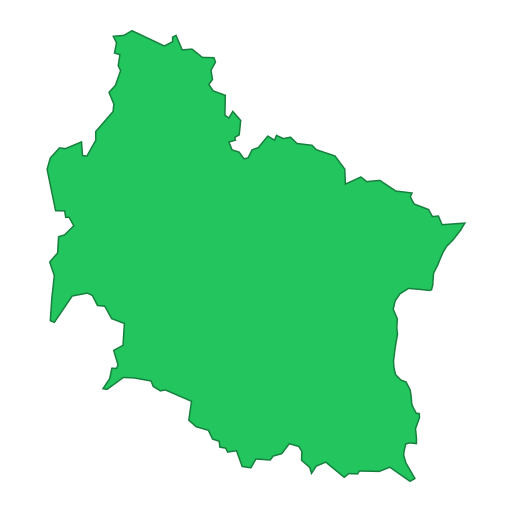 Berovo, Berovo, North Macedonia (orthographic projection)
{"feature_id": "65306769B82535052466784", "entity_name": "Berovo", "entity_type": "district", "adm_level": 2, "iso_a3": "MKD", "parent_name": "North Macedonia", "parent_adm1": "Berovo", "projection": "orthographic", "projection_center": [22.828, 41.67], "detail": "fine", "context": "isolated", "style": "filled", "palette": "green", "viewbox_px": 512, "rotation_deg": 0, "n_neighbors": 0, "source": "geoboundaries", "source_scale": "gbopen_adm2", "svg_char_len": 2277}
<svg xmlns="http://www.w3.org/2000/svg" viewBox="0 0 512 512"><path d="M213.9,57.7L202.3,57.4L192.0,49.1L182.2,49.9L176.0,35.4L172.6,37.1L172.6,41.7L164.3,46.0L132.0,30.7L123.8,35.4L113.3,36.3L116.5,42.8L114.5,53.0L119.9,54.7L118.2,65.7L120.6,70.6L115.4,85.4L109.0,92.3L113.8,104.0L113.1,111.5L95.7,131.6L95.8,140.2L86.9,156.1L82.5,155.6L81.5,141.9L65.5,148.6L59.5,147.9L50.3,158.0L47.1,169.3L55.6,210.7L64.7,210.9L65.7,217.3L69.1,217.3L73.8,225.8L64.5,234.9L58.6,236.7L57.6,253.0L49.7,262.0L54.3,275.6L51.8,298.5L50.3,320.7L54.3,322.4L72.2,296.0L87.4,293.1L92.4,295.5L97.5,305.5L104.8,306.2L111.6,318.6L124.4,323.5L123.0,345.3L113.7,350.4L118.0,364.9L116.6,368.4L111.9,368.2L109.7,378.6L103.0,388.7L107.0,389.4L123.3,377.5L134.1,377.9L151.1,381.0L153.2,386.4L160.4,390.9L165.2,389.9L191.5,401.3L188.8,420.2L196.1,426.7L208.4,430.3L212.6,439.1L219.1,441.2L219.9,447.2L225.6,448.1L227.7,452.1L236.5,450.7L242.2,466.5L250.9,467.8L255.9,459.0L270.2,460.0L273.1,456.1L281.7,453.7L289.3,443.7L298.9,446.5L301.9,451.4L301.5,460.2L309.8,467.5L311.5,473.4L316.2,466.1L325.7,462.1L344.2,477.3L348.8,473.6L357.6,473.9L359.4,471.0L379.3,471.4L389.8,467.2L410.0,481.3L414.9,478.5L405.8,462.7L403.7,455.3L404.0,451.5L405.8,443.9L409.9,442.9L416.4,443.6L416.5,438.6L415.5,428.7L419.5,417.5L419.2,413.5L416.3,413.3L413.4,408.0L411.8,404.2L411.1,396.1L410.2,390.1L406.1,382.0L400.8,380.0L395.7,374.8L394.9,371.9L394.0,367.5L393.5,361.4L394.8,350.3L396.1,342.2L397.5,334.3L397.1,330.9L396.8,327.5L397.3,318.8L393.2,309.2L395.2,300.7L400.1,293.7L408.6,288.4L419.0,289.3L429.4,290.4L431.5,289.8L432.8,284.9L432.9,282.1L433.6,273.1L437.8,264.9L440.1,259.0L443.3,251.8L446.7,246.3L453.1,239.8L460.5,230.3L463.7,224.9L464.9,223.1L442.1,224.7L438.4,216.0L432.5,216.6L428.5,209.5L414.1,204.0L410.3,196.8L412.0,193.0L395.7,191.0L379.9,180.4L366.7,181.6L360.9,177.0L345.4,184.1L344.8,169.2L335.0,156.0L316.3,149.7L312.1,145.3L297.0,143.5L290.5,137.2L283.4,138.6L276.5,135.4L274.6,140.2L267.8,136.1L258.4,147.5L252.0,149.9L248.1,157.9L244.0,158.8L239.1,152.1L232.1,149.9L228.9,142.0L235.4,140.2L234.7,137.4L239.2,134.9L240.7,120.5L232.8,111.4L228.9,118.0L224.9,115.2L225.3,95.3L213.2,90.9L208.8,84.5L212.5,79.5L211.0,70.2L215.5,62.1L213.9,57.7Z" fill="#22c55e" stroke="#15803d" stroke-width="1.5"/></svg>